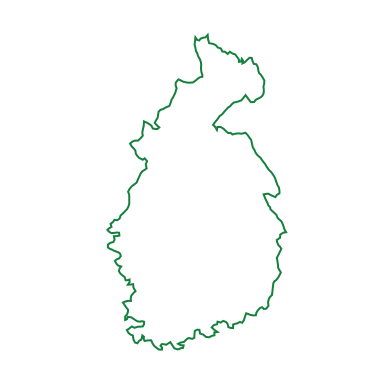 outline of Boa Vista do Cadeado, Rio Grande do Sul, Brazil, rotated 345°
{"feature_id": "56859067B11597481085294", "entity_name": "Boa Vista do Cadeado", "entity_type": "district", "adm_level": 2, "iso_a3": "BRA", "parent_name": "Brazil", "parent_adm1": "Rio Grande do Sul", "projection": "orthographic", "projection_center": [-53.842, -28.628], "detail": "fine", "context": "isolated", "style": "outline", "palette": "green", "viewbox_px": 384, "rotation_deg": 345, "n_neighbors": 0, "source": "geoboundaries", "source_scale": "gbopen_adm2", "svg_char_len": 4907}
<svg xmlns="http://www.w3.org/2000/svg" viewBox="0 0 384 384"><g transform="rotate(345 192 192)"><path d="M100.5,206.7L101.6,208.9L103.5,210.8L106.4,211.4L108.9,211.7L111.0,212.5L110.6,215.3L108.3,215.2L105.2,214.5L104.9,217.9L103.1,220.0L100.0,220.0L97.2,221.0L96.4,223.8L97.8,225.5L99.8,226.9L101.5,228.6L103.1,229.7L105.3,231.2L106.6,233.0L106.6,235.6L104.1,237.4L101.7,237.6L99.7,238.6L100.6,242.1L101.9,244.2L104.3,245.6L102.3,247.2L100.9,249.5L101.6,252.0L103.5,254.9L104.9,256.6L105.0,260.1L107.0,260.5L109.0,260.4L108.4,262.9L106.1,264.9L108.8,265.5L111.3,265.8L110.7,269.3L111.8,273.2L109.1,274.5L106.6,276.3L105.2,279.2L104.8,281.4L102.1,280.6L99.7,280.5L96.7,280.9L97.5,283.3L98.5,286.2L99.8,289.3L98.8,291.8L97.4,293.5L95.2,295.0L94.3,298.3L96.3,298.0L97.7,296.0L101.0,297.4L103.6,300.5L105.6,302.6L108.0,303.8L110.2,303.8L112.1,304.9L111.5,307.2L109.7,309.1L107.3,308.7L104.5,308.1L101.4,308.3L99.0,306.3L95.8,307.7L93.3,308.5L94.3,312.0L95.8,313.9L97.7,315.2L97.3,319.2L98.0,322.6L100.1,324.0L102.5,322.0L104.7,321.5L105.9,319.7L106.9,317.7L108.1,319.4L107.3,321.4L107.6,323.6L110.8,323.9L114.2,324.7L114.7,328.1L115.6,330.7L116.9,332.7L119.1,335.5L122.1,336.5L122.8,334.4L121.8,332.4L123.4,331.1L125.6,331.8L127.5,332.9L130.0,332.1L132.2,331.4L133.4,335.1L134.5,338.4L136.8,340.0L138.8,340.5L140.8,339.9L142.9,340.3L144.2,338.0L141.4,337.0L139.3,335.1L141.9,334.5L145.5,334.7L148.9,332.7L151.1,332.2L154.2,333.9L156.5,333.4L157.6,330.0L158.8,326.9L161.4,326.3L163.5,327.1L163.1,330.7L166.0,332.7L168.0,335.6L171.0,336.8L174.0,336.1L176.6,336.2L177.2,333.5L180.4,333.8L178.1,331.3L176.0,327.8L178.7,326.2L182.0,326.2L183.1,323.9L185.9,325.5L188.8,324.6L191.4,326.5L192.3,328.8L192.1,331.9L194.1,333.3L196.5,334.0L197.4,330.7L199.6,330.5L201.8,330.6L204.5,329.9L206.6,331.3L209.0,329.3L210.6,326.5L213.0,323.2L215.1,324.7L216.9,326.0L219.3,327.1L221.8,327.6L222.9,325.3L224.9,323.4L227.8,321.6L230.0,321.5L231.1,323.6L233.6,323.9L236.4,321.7L237.1,317.7L238.6,315.1L240.4,313.4L242.7,312.1L244.4,307.6L245.9,303.8L247.1,301.0L248.5,299.5L250.5,298.9L252.9,297.1L255.1,294.9L257.0,292.7L256.2,289.9L255.6,287.4L256.2,284.8L256.6,281.2L256.9,277.5L259.4,274.9L263.6,269.9L262.8,267.5L261.6,265.5L261.3,262.7L261.4,260.3L265.2,259.0L266.2,256.0L269.8,254.9L272.5,255.2L271.6,251.7L271.4,247.2L270.9,243.9L269.6,241.8L268.0,239.2L267.6,235.8L265.8,233.0L263.3,229.1L263.5,226.8L262.3,224.9L262.1,222.1L261.1,217.6L260.6,212.8L265.2,213.3L267.1,215.2L271.2,218.5L273.3,216.7L276.1,216.0L276.9,212.9L277.1,210.1L276.3,207.4L276.0,202.8L275.8,200.0L275.1,197.2L273.8,193.5L272.1,190.7L270.8,187.4L269.8,183.7L268.7,181.3L267.7,178.8L267.0,176.6L265.6,174.7L264.3,172.5L263.6,170.3L263.2,167.5L262.3,164.8L262.4,161.6L262.6,157.1L261.4,153.9L260.5,151.4L259.0,148.6L256.7,148.6L254.7,148.5L252.2,147.4L249.0,146.9L246.0,146.9L244.5,144.9L242.3,144.4L240.8,142.5L239.0,139.3L236.5,136.6L233.5,135.8L232.1,138.5L231.1,134.7L229.7,132.7L232.0,130.7L234.5,129.0L236.2,127.7L238.3,125.8L240.9,124.9L243.7,123.0L246.6,121.1L248.8,119.7L251.0,119.1L252.7,117.8L255.5,116.4L258.2,116.6L260.8,116.5L263.5,116.2L265.9,114.5L268.8,112.3L272.0,120.4L275.3,121.2L277.3,119.5L280.1,118.9L282.6,118.4L284.8,117.3L286.5,115.6L287.5,113.1L288.0,110.9L288.3,108.6L289.7,106.2L290.7,103.1L289.9,99.7L288.9,96.7L287.6,94.6L287.5,91.6L287.9,88.5L287.2,85.3L284.8,84.2L284.3,80.8L284.4,78.0L282.4,77.2L279.4,78.7L276.6,80.4L274.1,80.8L275.3,78.6L274.6,76.3L273.0,78.7L271.0,78.4L271.6,76.2L270.8,73.9L269.3,70.2L267.0,68.8L264.8,66.3L262.2,67.9L260.2,65.1L257.7,64.2L257.1,60.9L254.3,59.1L253.1,56.5L250.9,54.5L247.1,52.7L247.0,49.2L247.4,46.7L247.8,44.3L244.9,46.2L243.0,45.8L240.0,46.1L238.2,47.5L236.4,46.5L235.3,43.5L234.0,46.9L232.7,50.1L232.6,53.6L232.3,56.9L232.9,59.1L233.1,62.5L234.0,66.0L234.2,68.9L233.8,71.6L232.9,74.1L232.4,76.4L232.1,78.7L232.3,81.2L231.8,83.4L229.5,83.2L227.2,83.9L225.0,85.0L221.4,86.4L217.9,85.8L215.1,84.8L212.1,83.2L209.9,81.2L208.1,79.7L206.3,80.9L204.6,82.2L203.8,84.7L204.0,87.8L202.7,89.8L201.7,91.7L199.9,93.7L198.0,95.9L196.1,97.6L194.4,100.4L192.4,103.0L190.2,103.3L188.1,103.6L185.5,104.5L182.9,104.4L180.5,105.8L179.2,108.8L177.9,111.6L175.2,114.0L173.9,115.8L175.5,118.7L177.1,121.1L174.8,122.2L172.7,121.5L170.6,120.6L170.0,117.4L167.1,114.0L163.9,111.4L162.5,115.6L160.8,118.8L159.4,121.6L159.0,124.9L156.2,126.8L153.2,128.4L151.2,127.8L149.2,127.6L147.0,128.1L144.7,129.2L145.6,132.6L147.1,135.0L148.0,137.3L147.7,140.6L148.5,143.0L149.7,145.3L152.8,148.1L154.9,147.2L156.6,150.5L154.5,153.3L154.3,157.5L151.9,158.4L149.0,159.3L147.0,161.0L145.2,163.3L142.8,166.1L141.1,168.5L135.2,171.0L132.2,173.1L130.3,175.3L130.7,177.7L130.1,180.7L129.3,183.4L128.6,186.5L126.9,189.5L124.9,191.7L122.0,193.4L119.8,194.8L116.9,196.3L115.2,198.9L112.4,199.9L109.9,198.8L107.9,200.6L105.1,201.7L105.2,204.9L102.5,205.6L100.5,206.7Z" fill="none" stroke="#15803d" stroke-width="2"/></g></svg>